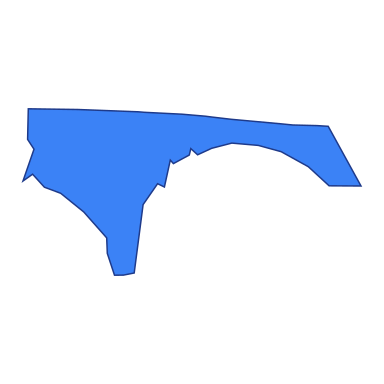 Pickett, Tennessee, United States of America (Natural Earth projection)
{"feature_id": "52423323B56559053703278", "entity_name": "Pickett", "entity_type": "district", "adm_level": 2, "iso_a3": "USA", "parent_name": "United States of America", "parent_adm1": "Tennessee", "projection": "natural_earth1", "projection_center": [-85.035, 36.517], "detail": "fine", "context": "isolated", "style": "filled", "palette": "blue", "viewbox_px": 384, "rotation_deg": 0, "n_neighbors": 0, "source": "geoboundaries", "source_scale": "gbopen_adm2", "svg_char_len": 603}
<svg xmlns="http://www.w3.org/2000/svg" viewBox="0 0 384 384"><path d="M212.4,117.1L205.4,116.2L182.1,114.2L144.3,112.3L138.4,111.8L77.8,109.5L28.3,108.8L27.6,139.4L34.0,149.2L23.0,181.0L32.6,174.2L44.4,187.2L60.7,193.3L83.8,212.0L106.7,237.9L107.3,253.4L114.5,275.2L123.5,275.1L134.2,273.0L143.1,204.6L157.6,183.7L164.4,187.0L170.3,160.1L173.4,163.6L189.3,155.0L190.8,148.6L197.6,154.8L211.7,148.3L231.8,143.1L258.3,145.4L281.2,151.7L308.3,166.7L329.1,185.8L361.0,186.0L328.2,126.3L317.0,125.6L292.9,125.0L282.8,124.0L231.3,119.3L212.4,117.1Z" fill="#3b82f6" stroke="#1e3a8a" stroke-width="1.5"/></svg>